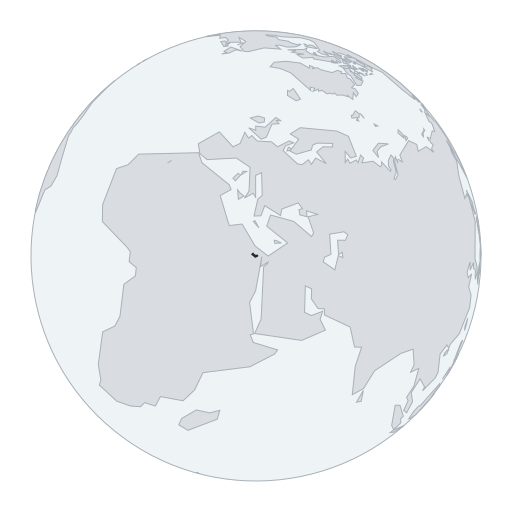 globe centered on Bani Suwayf, rotated 39°
{"feature_id": "EGY-1546", "entity_name": "Bani Suwayf", "entity_type": "Governorate", "adm_level": 1, "iso_a3": "EGY", "parent_name": "Egypt", "parent_adm1": "", "projection": "orthographic", "projection_center": [30.952, 29.058], "detail": "fine", "context": "on_globe", "style": "filled", "palette": "slate", "viewbox_px": 512, "rotation_deg": 39, "n_neighbors": 0, "source": "natural_earth", "source_scale": "10m", "svg_char_len": 10426}
<svg xmlns="http://www.w3.org/2000/svg" viewBox="0 0 512 512"><g transform="rotate(39 256 256)"><circle cx="256" cy="256" r="225" fill="#eef3f6" stroke="#a8b0b8"/><path d="M259.4,30.7L259.0,30.7L260.2,30.8L283.8,32.4L287.1,32.9L286.3,32.9L276.2,32.0L275.5,32.2L282.6,33.0L286.3,34.0L275.9,32.7L281.3,34.5L265.4,34.7L238.4,33.8L229.1,36.2L200.1,42.1L202.3,42.5L192.7,45.8L191.7,47.7L186.6,48.9L190.2,49.5L195.1,48.2L198.3,48.2L198.1,49.4L191.6,50.8L190.7,50.4L188.7,51.5L185.5,51.8L187.0,52.4L179.1,54.4L186.6,54.3L180.1,57.5L175.0,58.4L176.0,55.8L166.5,53.3L161.6,54.4L153.6,58.1L137.7,69.7L132.1,72.5L124.1,78.1L127.0,77.4L134.2,72.9L137.5,73.6L146.0,68.7L148.6,68.5L157.1,65.0L155.2,68.5L148.8,74.0L141.7,77.2L138.7,80.0L145.0,79.7L131.3,89.2L121.5,101.9L118.0,104.5L111.9,103.4L113.1,95.7L105.2,96.8L109.7,99.4L100.9,106.6L99.2,109.5L99.3,111.3L102.4,110.0L99.3,113.5L93.7,111.6L96.5,108.4L98.2,108.8L98.7,105.6L94.8,105.4L90.7,109.7L89.3,106.8L86.3,110.0L84.3,111.6L89.2,106.4L80.4,116.0L78.6,117.2L88.9,105.0L100.0,93.5L111.9,82.9L124.5,73.1L137.8,64.2L151.7,56.3L166.1,49.4L181.0,43.6L196.2,38.8L211.7,35.1L227.5,32.5L243.4,31.1L259.4,30.7ZM35.8,208.4L34.9,214.1L34.5,215.7L32.1,239.1L33.4,256.2L33.6,267.3L33.1,271.1L34.4,276.6L34.5,280.1L43.3,301.6L50.8,318.7L52.6,330.6L50.3,337.6L57.4,361.1L56.0,359.7L48.6,344.1L42.5,327.9L37.6,311.3L34.0,294.4L31.7,277.2L30.8,259.9L31.1,242.6L32.8,225.4L35.8,208.4ZM289.7,33.2L291.3,33.5L287.9,33.0L289.2,33.2L289.7,33.2ZM157.5,63.4L157.3,64.2L155.8,64.4L157.5,63.4ZM161.4,61.4L159.9,61.1L161.5,60.1L162.4,60.2L161.4,61.4ZM291.8,34.0L294.4,34.7L290.0,33.8L291.8,34.0ZM162.9,62.0L164.6,58.4L167.5,56.7L173.4,56.2L162.9,62.0ZM294.7,35.1L301.1,37.4L305.0,37.9L297.6,38.5L294.6,35.9L288.6,34.5L293.3,35.2L294.7,35.1ZM196.7,47.3L191.5,48.8L196.0,46.5L196.7,47.3ZM198.7,45.9L207.9,40.2L215.4,39.1L210.8,41.0L220.8,39.1L220.0,41.3L214.3,42.8L209.6,43.0L212.9,43.8L198.7,45.9ZM292.5,38.8L292.5,39.5L290.6,38.6L292.5,38.8ZM199.9,48.0L201.1,46.8L207.7,45.6L206.6,48.0L204.8,47.5L199.9,48.0ZM223.7,37.7L228.5,37.5L229.1,39.2L231.1,39.4L220.6,41.3L223.7,37.7ZM203.2,48.4L205.8,49.2L202.6,51.0L199.2,49.2L203.2,48.4ZM209.9,44.5L213.0,44.1L210.9,45.0L209.9,44.5ZM192.5,58.3L193.7,56.4L197.3,55.6L192.5,58.3ZM207.0,49.4L208.2,48.9L209.7,48.4L210.7,49.4L207.0,49.4ZM221.8,42.5L221.1,43.3L226.1,41.8L226.8,43.2L219.7,44.3L223.1,44.5L223.3,45.0L217.2,45.4L221.8,42.5ZM216.4,49.1L207.6,51.6L204.5,55.0L201.2,55.8L206.8,50.2L216.4,49.1ZM217.4,46.9L216.0,48.4L212.7,48.3L211.5,47.3L217.4,46.9ZM229.9,44.0L230.6,41.4L232.1,41.3L229.9,44.0ZM216.2,50.1L218.3,49.5L216.3,50.3L216.2,50.1ZM226.4,45.7L226.4,44.8L228.2,44.6L226.4,45.7ZM222.5,49.3L219.6,50.0L218.8,49.2L222.5,49.3ZM224.8,47.7L227.2,47.8L220.2,48.5L224.6,47.2L224.8,47.7ZM228.0,45.8L229.1,45.4L227.8,46.2L228.0,45.8ZM227.4,52.2L218.8,53.4L216.9,51.5L225.5,50.5L227.4,52.2ZM104.4,312.4L92.6,275.9L99.1,265.6L100.8,250.6L146.3,211.9L155.4,217.5L190.5,217.5L194.8,220.1L190.1,231.6L216.0,249.2L225.1,239.9L249.1,248.8L265.5,248.4L272.4,225.9L245.6,226.1L241.5,215.0L263.5,205.4L287.0,205.9L286.2,201.7L271.8,192.8L277.7,184.9L266.9,189.1L270.9,193.4L264.2,196.4L260.2,192.9L262.4,190.0L255.4,188.2L246.5,203.2L249.6,209.1L231.1,211.4L234.5,221.7L229.3,226.2L221.6,210.6L222.7,205.0L207.9,187.7L205.0,193.6L218.8,210.6L214.3,209.0L210.5,218.2L209.8,210.0L195.5,190.8L179.1,192.2L157.3,211.9L148.0,211.8L140.5,205.1L149.4,182.6L169.4,185.6L172.8,178.6L169.5,166.9L175.9,169.1L177.0,165.0L184.6,165.9L196.2,157.5L204.0,157.6L209.4,145.6L214.1,144.3L209.6,151.6L210.7,157.1L230.3,158.3L234.4,155.9L236.2,148.2L241.4,149.9L240.7,142.4L252.4,140.0L237.6,137.0L239.4,128.9L246.8,123.2L244.8,120.2L232.6,129.7L230.2,134.2L232.3,138.7L223.3,151.5L216.4,153.1L215.7,138.4L205.8,139.5L209.7,128.4L240.1,108.1L252.5,104.8L271.2,115.4L267.9,120.2L259.5,118.6L266.5,127.2L266.3,123.0L270.6,124.8L273.4,118.3L276.6,119.3L273.8,111.7L278.0,112.2L279.7,117.0L287.4,108.7L296.4,108.5L296.6,106.2L294.3,103.9L307.2,105.7L306.8,104.0L302.4,102.7L298.8,98.6L297.3,92.5L301.9,93.4L303.0,95.7L312.2,102.5L314.6,109.2L316.3,109.0L315.3,103.5L304.1,95.1L301.9,91.2L307.8,94.5L305.5,92.9L305.9,91.3L310.5,90.8L304.3,87.0L302.0,70.3L310.7,68.2L316.2,72.5L319.4,63.9L328.9,63.6L324.9,62.2L323.7,58.0L320.7,58.0L318.6,57.1L314.2,47.9L316.6,46.9L310.1,42.7L308.0,42.2L305.8,42.5L297.6,38.5L305.0,37.9L309.4,39.0L311.1,38.4L320.8,41.3L329.6,44.0L339.3,48.5L345.4,50.7L345.3,50.3L353.6,53.5L370.9,62.6L357.2,56.9L331.3,46.5L341.9,50.5L339.6,50.4L343.4,52.5L350.9,55.6L351.7,55.5L364.0,66.7L382.1,79.8L380.7,75.5L385.3,76.9L404.6,91.2L428.0,120.4L434.4,125.1L438.5,130.1L441.0,136.1L435.2,128.8L432.9,128.8L429.2,124.2L431.3,132.2L426.1,126.0L430.3,135.8L434.7,139.4L434.8,134.1L440.7,146.1L447.7,151.0L454.5,161.6L462.9,188.6L462.5,202.1L463.7,206.3L460.4,205.0L460.7,216.2L470.6,231.7L472.0,238.0L470.3,256.0L469.4,251.6L460.8,248.2L462.6,264.4L469.3,270.7L471.7,283.0L468.0,283.1L465.2,272.6L462.0,271.0L460.5,257.4L453.2,240.9L449.3,249.0L447.3,241.0L436.7,229.5L429.8,240.7L420.4,270.6L423.0,291.3L418.1,303.2L402.5,279.2L395.5,260.4L389.9,264.7L373.9,252.0L346.4,258.7L342.4,254.0L337.3,257.8L326.0,254.5L319.9,246.5L313.1,248.2L329.2,269.2L336.5,267.4L342.6,257.0L345.7,264.9L356.6,269.9L344.6,292.9L303.7,317.1L299.7,301.8L268.8,259.7L269.7,254.6L269.6,254.0L269.2,253.0L266.3,261.4L261.0,252.9L277.5,283.1L280.3,296.2L303.1,318.1L301.0,320.8L308.3,324.9L331.9,315.4L332.1,320.6L320.9,346.0L288.2,380.0L292.6,398.8L290.4,414.4L270.2,425.4L272.2,436.0L261.7,440.0L261.2,445.7L253.0,451.5L239.2,456.4L215.4,454.9L213.7,450.2L201.6,439.4L184.6,411.4L190.4,399.2L188.2,388.4L171.1,361.1L174.8,347.3L170.3,340.4L160.9,340.2L155.6,331.7L150.0,330.3L114.9,325.9L104.4,312.4ZM130.1,234.8L128.8,239.2L128.8,239.3L130.1,234.8ZM311.9,218.2L326.0,217.2L319.7,203.9L324.6,202.6L320.7,198.8L319.2,202.9L309.5,192.4L315.6,187.5L313.9,181.7L309.1,181.8L299.5,192.7L313.2,207.5L310.0,213.7L311.9,218.2ZM34.9,214.3L34.3,217.9L34.5,216.0L34.9,214.3ZM44.5,178.9L43.4,182.6L43.8,180.6L44.5,178.9ZM47.1,171.6L45.3,176.4L45.6,175.5L47.1,171.6ZM101.2,106.7L101.6,107.0L101.0,109.4L99.8,109.3L101.2,106.7ZM107.4,115.1L102.2,120.6L105.1,116.4L102.3,117.0L105.0,109.4L116.4,105.4L110.7,108.3L107.4,115.1ZM111.6,99.0L108.7,103.7L111.5,98.7L111.6,99.0ZM175.8,143.4L178.1,146.5L174.7,150.8L164.8,152.3L169.5,145.9L175.8,143.4ZM182.1,150.1L184.2,136.0L190.5,135.1L186.6,137.9L190.6,138.7L185.4,143.5L189.3,157.1L186.6,161.9L169.7,161.0L176.7,158.4L174.0,155.2L182.1,150.1ZM178.5,107.0L179.5,102.4L191.9,106.1L189.5,110.1L179.4,111.4L176.3,107.5L178.5,107.0ZM173.0,62.5L172.6,61.5L174.4,60.9L176.2,61.3L173.0,62.5ZM192.7,57.5L176.7,66.6L175.4,65.8L167.6,72.8L161.1,73.6L166.4,68.9L155.6,75.1L157.8,71.2L150.8,75.9L163.3,65.3L164.8,62.5L165.6,65.2L171.4,64.4L174.5,63.3L184.1,58.1L190.3,52.3L197.2,51.2L200.4,51.9L199.9,53.1L195.6,53.4L198.1,54.8L191.5,56.2L192.7,57.5ZM233.6,69.2L228.8,67.7L232.7,73.4L226.1,73.7L227.0,74.4L222.0,76.4L217.5,80.2L214.6,79.8L214.1,81.5L210.8,83.1L209.1,85.3L203.3,85.6L200.8,88.6L199.5,87.1L196.7,92.1L196.2,88.6L191.9,90.7L194.6,93.0L167.7,91.8L156.7,95.1L147.9,100.0L148.2,94.0L156.8,85.8L169.0,78.2L179.5,76.4L177.7,74.3L182.2,72.9L181.7,75.1L185.2,71.0L188.8,70.6L199.7,65.6L202.5,60.5L206.5,58.9L207.2,60.6L210.8,57.8L214.8,60.1L217.8,59.1L224.8,60.7L224.4,65.1L227.8,63.7L233.2,65.2L233.6,69.2ZM229.2,52.7L230.2,57.4L227.1,60.0L216.3,56.3L213.0,56.9L205.9,55.2L210.6,51.6L212.2,52.3L214.8,52.3L212.3,53.4L216.3,52.5L218.6,53.6L222.3,53.3L221.6,54.8L229.2,52.7ZM200.1,216.1L203.5,217.0L208.9,217.0L206.6,223.0L200.1,216.1ZM190.1,203.1L193.2,202.7L192.6,210.6L189.1,210.0L190.1,203.1ZM195.5,196.1L193.4,202.1L192.4,198.4L195.5,196.1ZM212.6,151.0L216.0,150.4L216.1,152.2L214.0,154.8L212.6,151.0ZM243.7,88.5L241.5,86.7L242.6,85.9L241.8,80.7L246.6,80.4L248.9,83.4L243.7,88.5ZM267.6,229.9L262.6,234.3L260.2,232.3L262.4,231.1L267.6,229.9ZM232.9,229.2L240.6,232.3L232.2,230.8L232.9,229.2ZM248.8,87.3L247.9,85.1L250.9,86.4L248.8,87.3ZM250.1,80.0L253.6,80.9L247.1,79.8L250.1,80.0ZM347.6,460.8L348.3,460.9L345.2,462.2L347.6,460.8ZM328.6,407.2L312.8,434.3L302.2,435.8L300.5,429.0L306.5,413.2L318.8,407.0L325.0,398.7L328.6,407.2ZM477.9,294.6L473.8,306.4L471.4,308.7L472.6,304.2L476.3,297.4L477.9,294.6ZM472.3,304.5L468.0,302.2L458.1,284.4L461.8,281.4L471.3,287.8L470.8,291.4L473.5,294.5L472.3,304.5ZM480.5,269.5L479.9,278.9L478.2,284.8L477.1,286.4L476.4,277.3L476.8,270.5L477.9,268.2L479.1,239.5L480.2,240.8L480.5,251.8L481.1,256.6L480.5,269.5ZM424.0,292.9L429.2,302.7L426.1,306.4L424.0,292.9ZM477.4,222.3L478.4,234.5L476.8,219.9L477.4,222.3ZM475.1,209.8L476.2,213.8L475.1,211.3L475.1,209.8ZM465.8,212.0L464.7,215.6L463.6,212.7L464.3,206.5L465.8,212.0ZM459.7,170.9L463.7,179.3L464.9,182.7L462.5,178.8L459.7,170.9ZM288.4,85.5L284.2,92.7L284.3,98.5L289.3,102.4L280.4,100.3L280.2,91.3L288.4,85.5ZM299.9,71.8L295.4,69.0L298.5,68.6L299.9,69.2L299.9,71.8ZM296.4,71.3L288.8,71.0L287.1,68.4L293.4,69.1L296.4,71.3ZM268.8,78.2L267.2,80.2L264.8,79.1L268.8,78.2ZM480.7,272.2L480.8,269.8L481.2,257.6L481.2,251.6L481.2,250.0L481.3,253.8L481.3,256.7L481.3,258.9L480.7,272.2ZM479.3,226.5L478.9,224.1L479.5,229.5L477.3,214.2L477.8,216.8L479.3,226.5ZM477.4,215.2L478.0,220.1L476.6,211.8L477.4,215.2ZM477.5,218.3L476.4,213.7L476.5,212.4L477.5,218.3ZM477.3,214.1L475.3,205.3L476.3,209.2L477.3,214.1ZM473.5,203.6L475.6,207.4L474.7,209.4L469.6,193.9L469.6,191.2L473.5,203.6ZM441.4,130.4L438.6,126.9L437.1,124.0L439.5,127.2L441.4,130.4ZM429.9,113.1L435.8,122.2L440.2,130.4L441.1,130.8L446.3,138.6L442.3,134.4L435.8,123.8L433.3,118.9L428.4,113.0L423.9,106.9L417.9,101.0L414.4,97.2L419.1,101.3L429.9,113.1ZM415.4,98.7L403.3,87.9L402.7,86.0L405.2,87.9L411.0,93.5L411.0,94.1L415.4,98.7ZM400.2,84.9L400.0,85.7L381.9,75.0L377.9,72.4L391.4,78.6L392.0,79.7L396.5,82.9L400.2,84.9ZM294.9,39.7L292.7,39.5L294.0,39.2L294.9,39.7ZM317.0,57.2L314.4,55.9L316.0,55.3L317.0,57.2ZM308.2,52.2L308.2,53.7L306.3,51.7L308.2,52.2ZM308.4,57.4L307.3,54.1L311.1,57.9L308.4,57.4Z" fill="#d9dde1" stroke="#a8b0b8" stroke-width="1"/><path d="M253.8,256.3L254.0,256.3L255.4,255.9L255.7,255.8L255.9,255.5L256.0,255.3L256.1,255.2L256.4,254.8L256.5,254.7L256.8,254.7L257.0,254.8L257.1,255.0L257.0,255.4L257.0,255.5L256.9,255.7L256.9,255.8L256.7,256.1L256.4,256.5L256.1,256.8L256.1,257.0L256.0,257.3L255.4,257.2L251.9,257.2L251.9,256.9L252.1,255.9L253.6,256.2L253.8,256.3Z" fill="#64748b" stroke="#1e293b" stroke-width="1.5"/></g></svg>